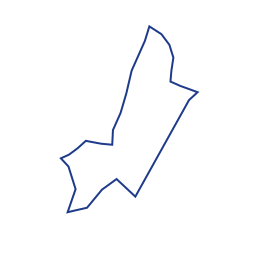 Canillo, Robinson projection, rotated 114°
{"feature_id": "AND-4879", "entity_name": "Canillo", "entity_type": "state/province", "adm_level": 1, "iso_a3": "AND", "parent_name": "Andorra", "parent_adm1": "", "projection": "robinson", "projection_center": [1.655, 42.581], "detail": "fine", "context": "isolated", "style": "outline", "palette": "blue", "viewbox_px": 256, "rotation_deg": 114, "n_neighbors": 0, "source": "natural_earth", "source_scale": "10m", "svg_char_len": 507}
<svg xmlns="http://www.w3.org/2000/svg" viewBox="0 0 256 256"><g transform="rotate(114 128 128)"><path d="M67.0,79.0L77.6,83.6L187.7,93.4L179.3,117.7L194.9,126.7L217.5,133.0L225.6,143.8L229.5,148.9L205.2,151.0L187.4,166.7L183.0,177.0L176.4,171.1L167.0,165.8L156.9,161.3L153.3,146.2L149.7,135.6L136.0,140.9L117.3,140.9L97.1,143.6L74.1,148.0L55.3,148.0L41.6,148.0L26.5,149.8L28.7,135.6L35.2,124.0L45.2,115.2L58.2,111.6L68.3,108.1L68.3,97.4L67.0,79.0Z" fill="none" stroke="#1e3a8a" stroke-width="2"/></g></svg>